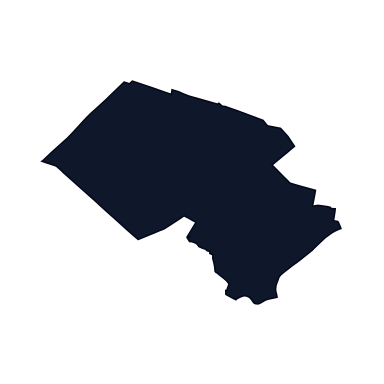 U Minh Thuong, Kiên Giang, Vietnam (Natural Earth projection), rotated 101°
{"feature_id": "81297802B37875930391216", "entity_name": "U Minh Thuong", "entity_type": "district", "adm_level": 2, "iso_a3": "VNM", "parent_name": "Vietnam", "parent_adm1": "Kiên Giang", "projection": "natural_earth1", "projection_center": [105.166, 9.624], "detail": "fine", "context": "isolated", "style": "filled", "palette": "ink", "viewbox_px": 384, "rotation_deg": 101, "n_neighbors": 0, "source": "geoboundaries", "source_scale": "gbopen_adm2", "svg_char_len": 3329}
<svg xmlns="http://www.w3.org/2000/svg" viewBox="0 0 384 384"><g transform="rotate(101 192 192)"><path d="M127.6,100.1L119.2,108.4L112.6,117.2L112.6,130.6L108.1,135.9L103.7,162.3L101.8,175.1L101.7,175.9L101.7,176.4L101.8,176.9L101.9,177.3L101.9,178.2L101.8,178.7L101.6,179.3L100.2,181.7L99.7,182.6L100.9,183.7L100.2,191.5L98.4,213.0L97.5,218.2L96.1,224.3L95.5,230.3L95.4,231.1L100.1,230.9L99.3,236.9L97.5,249.1L95.1,267.1L94.5,271.7L97.7,274.1L97.0,279.6L97.9,280.2L100.6,282.1L106.3,286.1L112.0,290.1L118.2,294.4L127.9,301.6L134.8,306.8L139.7,310.1L144.5,313.1L154.3,319.1L154.5,319.2L156.0,320.1L162.9,324.6L166.7,327.5L179.7,337.3L189.9,344.6L190.5,345.2L191.0,341.6L191.7,335.8L192.4,330.5L192.7,329.8L196.0,324.2L197.3,322.4L199.7,318.3L216.9,289.4L217.8,287.8L220.4,283.5L223.7,278.2L226.9,272.9L229.9,267.9L231.1,265.8L233.2,262.3L236.7,256.5L237.6,255.0L240.3,250.6L242.1,247.6L243.9,244.5L248.9,235.8L244.3,228.8L241.0,223.8L239.5,221.4L236.2,216.6L234.7,214.1L233.5,212.4L233.3,212.1L227.3,205.8L220.3,198.6L216.9,195.3L218.3,190.4L220.1,185.3L220.2,184.5L220.5,183.7L221.0,182.2L221.8,182.6L237.0,188.2L236.6,186.0L238.4,187.6L239.8,186.1L240.6,185.5L241.0,185.1L241.1,184.8L241.1,184.4L240.9,183.6L240.8,183.2L240.8,182.9L240.9,182.2L241.0,181.5L241.1,180.6L241.6,178.4L241.9,177.7L242.1,177.3L242.4,176.9L242.9,176.3L243.2,175.9L243.3,175.6L243.5,175.3L243.6,175.2L243.9,175.2L244.1,175.1L244.3,174.9L244.4,174.2L244.5,173.9L244.6,173.1L244.9,172.3L245.2,170.8L245.6,167.7L245.9,167.0L246.0,166.9L246.4,166.7L246.6,166.4L246.7,166.0L246.9,165.3L246.9,164.7L246.9,163.2L247.0,163.1L247.6,162.9L248.0,163.0L248.5,163.0L248.7,162.9L248.9,162.8L249.0,162.7L249.1,162.3L249.1,161.7L249.1,161.4L249.3,161.1L249.5,160.8L249.5,160.4L249.5,160.1L249.4,159.8L249.5,159.5L249.6,159.4L250.8,159.4L251.3,159.3L252.2,159.1L253.1,159.0L254.5,158.4L255.8,157.7L258.8,156.4L261.1,155.5L263.7,154.7L265.5,154.2L266.2,153.3L266.6,152.6L266.7,151.9L267.0,150.8L267.3,150.7L267.5,150.6L268.6,148.4L270.8,144.1L271.7,142.5L272.7,141.0L274.3,139.0L275.1,138.4L275.4,138.2L276.2,138.3L277.9,138.5L280.2,138.9L281.6,138.9L282.1,140.1L286.1,139.2L287.5,134.8L288.6,131.3L289.4,128.3L288.2,127.5L286.8,125.8L286.1,124.9L284.9,123.0L284.4,122.1L284.2,121.6L283.9,120.9L283.8,120.0L283.7,119.1L283.8,117.9L284.2,116.5L284.4,115.7L284.9,114.8L286.3,113.0L288.4,110.9L289.1,110.0L289.4,109.2L289.5,108.4L289.5,107.7L289.4,107.1L289.4,106.5L289.3,106.0L288.8,104.9L288.4,104.3L287.7,103.4L286.8,102.3L285.2,100.6L284.4,99.6L283.7,98.7L282.4,96.1L279.1,88.4L276.2,89.5L273.8,90.7L271.4,91.4L268.0,91.7L266.1,91.5L262.6,90.9L259.6,90.5L257.9,89.9L256.1,88.8L253.5,86.7L245.2,79.5L240.4,75.0L237.8,72.7L230.4,66.4L226.0,62.7L224.2,61.6L222.2,60.2L221.3,59.6L211.1,52.3L208.5,49.8L205.6,47.1L203.3,44.5L200.3,40.4L199.5,38.8L197.9,39.7L196.2,40.9L194.0,42.4L193.5,42.8L193.3,43.0L193.2,43.3L193.1,43.5L193.2,47.6L185.0,47.9L183.1,48.0L181.1,48.2L181.8,53.1L180.7,53.1L180.5,55.9L180.9,64.2L181.2,66.3L182.2,69.1L182.6,69.8L183.0,71.0L178.1,71.0L172.4,71.0L166.8,71.1L166.1,79.9L165.6,86.7L165.0,93.4L164.7,95.8L164.6,96.8L164.5,97.5L164.2,98.1L162.8,100.0L160.7,103.1L160.2,104.0L157.5,107.9L154.9,111.7L152.3,115.5L150.3,118.5L149.8,118.2L140.2,110.4L134.8,105.9L130.6,102.6L127.6,100.1Z" fill="#0f172a" stroke="#020617" stroke-width="1.5"/></g></svg>